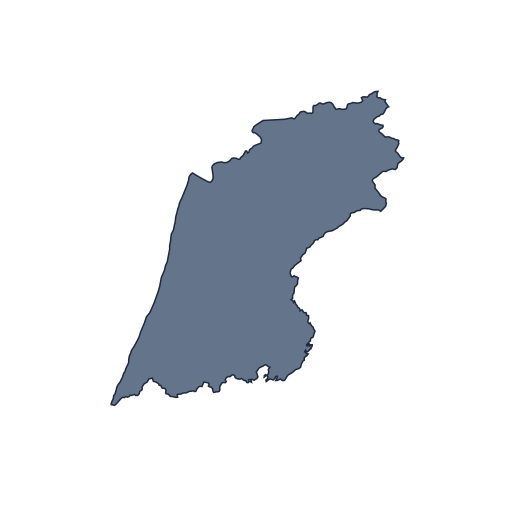 outline of Wanderley, Bahia, Brazil, rotated 215°
{"feature_id": "56859067B16383001384874", "entity_name": "Wanderley", "entity_type": "district", "adm_level": 2, "iso_a3": "BRA", "parent_name": "Brazil", "parent_adm1": "Bahia", "projection": "natural_earth1", "projection_center": [-43.953, -11.797], "detail": "fine", "context": "isolated", "style": "filled", "palette": "slate", "viewbox_px": 512, "rotation_deg": 215, "n_neighbors": 0, "source": "geoboundaries", "source_scale": "gbopen_adm2", "svg_char_len": 6115}
<svg xmlns="http://www.w3.org/2000/svg" viewBox="0 0 512 512"><g transform="rotate(215 256 256)"><path d="M289.5,51.2L286.2,52.5L285.6,54.7L284.8,62.0L284.2,63.7L282.5,64.5L282.1,66.3L280.3,66.6L279.3,68.2L279.3,69.7L278.0,70.4L276.1,72.9L274.5,72.8L273.3,73.6L272.7,74.8L272.8,76.4L273.6,78.5L272.7,80.4L272.9,81.8L274.1,83.3L274.4,86.7L272.9,90.3L273.2,93.9L270.8,96.5L268.1,94.4L266.5,95.2L262.7,95.6L261.3,94.6L259.5,95.3L258.2,94.4L257.0,94.0L255.4,94.9L253.9,95.1L252.6,94.3L251.8,92.4L250.8,91.6L248.0,92.6L246.7,92.0L245.5,91.9L243.9,93.0L240.5,94.2L239.2,95.3L241.1,97.4L238.2,100.0L237.4,101.6L236.2,102.8L234.6,103.9L232.8,107.1L231.4,108.1L230.2,109.5L228.3,109.8L227.7,111.1L228.1,113.0L228.1,114.7L227.8,116.2L227.0,117.2L225.4,118.1L226.4,122.9L222.0,124.8L220.9,124.1L220.4,122.1L218.9,122.2L217.8,122.7L216.6,122.7L214.9,121.9L213.7,120.6L212.5,120.0L211.5,120.8L210.8,121.9L209.6,122.6L208.5,124.1L208.8,125.6L210.5,127.7L210.9,129.3L211.0,132.8L209.9,133.8L208.3,134.8L208.4,136.2L210.3,136.9L210.5,138.6L210.1,140.4L209.5,141.5L208.1,142.2L207.3,145.0L206.1,145.7L204.8,145.7L203.8,144.7L202.6,144.4L200.9,144.7L199.6,145.3L198.4,146.0L197.6,147.3L194.3,147.2L192.8,148.1L191.1,147.1L189.9,147.6L189.6,149.1L191.0,150.2L190.1,151.6L188.8,151.3L188.2,152.9L186.4,153.0L185.0,156.2L185.1,158.1L187.7,160.2L189.2,161.0L189.2,166.1L188.2,168.1L187.1,169.7L186.0,172.4L184.3,172.7L182.7,172.4L180.9,173.0L181.0,171.1L180.6,169.7L179.2,168.6L178.3,166.5L179.1,164.0L177.3,164.3L176.3,162.6L176.7,160.0L175.6,159.0L174.5,162.5L173.5,163.6L170.6,164.4L170.3,166.5L170.7,168.6L169.8,169.7L168.9,168.8L168.4,165.3L167.2,166.3L165.4,169.2L163.7,169.1L162.3,169.4L161.4,170.4L161.2,171.8L161.5,173.7L161.5,175.9L161.3,177.3L159.7,180.6L158.9,183.3L158.6,184.9L158.1,186.1L156.2,188.6L155.7,190.8L156.7,192.7L157.1,195.1L157.3,196.8L156.7,198.4L158.1,200.1L157.9,201.6L157.2,203.4L157.1,205.7L158.7,204.9L159.7,205.5L161.2,205.3L161.4,207.3L160.3,206.8L159.0,206.8L158.4,208.6L158.3,210.4L157.7,211.7L158.6,212.7L158.2,214.1L159.0,215.5L160.4,214.6L160.7,213.3L162.0,214.6L163.3,214.2L163.2,216.1L162.7,217.6L163.6,219.1L163.9,220.7L162.8,221.8L163.1,223.6L163.9,225.6L164.5,228.3L167.3,229.5L168.3,230.5L169.7,230.5L172.2,231.5L173.4,232.3L173.6,231.0L174.9,231.3L176.1,232.2L177.4,235.7L178.8,237.2L180.6,236.5L181.5,237.6L182.6,238.3L183.9,237.1L187.4,238.3L188.6,236.4L189.4,237.4L190.7,238.1L192.3,237.9L193.7,238.9L195.6,239.3L198.6,241.3L198.6,239.4L199.9,240.5L202.3,240.4L201.7,242.3L203.0,244.0L203.8,245.9L203.6,247.4L206.0,251.5L206.5,253.0L206.1,254.3L206.0,256.9L207.7,259.6L208.8,262.4L210.5,262.2L212.0,261.7L213.5,261.7L213.9,260.3L214.9,259.4L217.8,261.1L218.7,262.2L219.7,265.6L218.9,267.4L219.0,269.1L218.7,271.0L216.4,278.0L218.4,279.9L218.4,283.6L217.5,286.6L218.9,291.4L217.0,294.4L217.1,296.4L216.6,298.6L216.5,300.8L217.0,302.1L216.1,303.8L214.7,304.7L214.7,306.6L212.2,310.6L212.6,312.0L212.7,314.1L211.9,316.3L210.4,318.1L208.2,320.2L205.3,325.9L205.3,327.3L203.5,331.0L202.9,332.7L202.8,334.8L201.9,336.5L201.8,338.5L201.7,342.6L202.6,343.9L202.9,345.2L202.3,346.4L200.9,347.4L200.1,348.7L199.8,350.0L198.7,351.5L196.9,353.0L196.6,355.0L194.7,356.9L190.3,359.6L188.4,360.1L185.7,361.5L183.8,362.7L182.6,363.8L181.4,364.1L179.4,364.1L178.3,371.0L179.5,374.1L180.9,374.9L182.2,377.3L183.7,377.4L185.4,377.0L188.4,376.9L192.1,378.3L197.4,379.8L199.2,382.5L203.7,384.1L204.3,385.4L204.2,386.9L202.7,389.8L200.7,398.0L199.3,399.0L197.8,399.9L197.0,402.1L194.4,405.6L192.7,406.1L191.4,406.9L191.1,409.3L192.5,412.3L192.7,413.5L191.4,417.2L191.0,419.7L191.4,421.1L192.8,420.0L194.4,419.9L198.9,421.5L201.9,421.8L202.6,423.5L202.7,426.2L203.5,430.1L204.8,431.0L205.1,432.3L206.4,432.4L208.3,431.4L210.7,431.1L212.5,430.3L214.7,430.1L216.2,429.3L218.5,427.5L222.9,428.3L225.3,428.3L227.2,428.8L227.6,430.3L226.0,433.3L226.0,434.9L227.1,435.9L228.6,435.0L232.9,433.9L233.7,432.9L235.0,432.7L236.4,432.9L237.5,434.0L237.7,435.8L236.7,439.5L235.3,441.3L235.1,443.3L233.5,445.0L233.4,446.9L234.0,451.2L233.7,453.0L232.9,454.3L239.1,456.5L239.6,458.3L241.3,457.3L243.1,456.8L245.1,456.8L246.6,455.5L248.3,455.8L250.3,459.1L250.5,460.8L252.3,459.4L253.6,457.6L254.6,454.7L255.7,453.3L255.6,451.6L255.9,450.0L258.7,448.5L259.9,447.4L260.5,446.1L257.6,444.4L257.9,442.5L260.0,439.8L263.4,437.8L264.6,437.4L265.4,436.0L267.7,433.4L267.7,431.9L266.8,430.1L266.6,428.3L267.3,427.3L270.0,425.2L271.4,425.0L272.4,424.3L274.5,422.0L278.5,423.5L279.9,424.3L282.6,424.7L284.4,423.8L285.9,422.3L287.8,419.4L288.9,418.6L291.3,418.2L292.1,417.1L292.5,415.3L293.4,413.6L294.9,412.5L294.9,411.0L291.8,406.4L292.2,404.7L293.5,404.2L296.1,402.2L298.3,402.4L299.7,402.0L301.2,400.6L302.3,399.3L302.2,396.8L302.9,394.7L303.0,390.9L304.1,389.9L305.9,389.7L311.0,384.4L327.9,371.1L330.9,363.9L331.9,360.9L331.1,356.4L330.1,355.6L329.0,355.4L327.7,356.4L324.3,356.3L320.7,355.8L318.2,354.6L316.7,351.3L320.3,346.0L321.1,344.3L321.0,342.5L321.8,340.8L322.1,339.1L321.4,337.0L321.9,335.5L323.9,336.7L324.8,336.0L324.2,330.8L325.0,328.0L324.8,325.8L326.2,325.0L328.0,324.8L330.8,323.3L331.8,322.0L332.2,318.6L333.5,315.9L335.8,314.1L338.4,313.1L341.4,310.3L343.0,307.4L343.5,305.2L342.9,303.2L337.3,297.3L335.5,294.6L335.2,291.8L335.9,289.9L338.1,289.2L347.7,288.1L355.7,287.6L356.3,285.4L356.3,283.1L355.8,281.4L354.7,279.5L353.0,274.1L349.8,260.1L349.6,258.0L348.8,254.6L347.9,253.0L347.2,250.2L344.1,241.9L341.4,236.9L340.9,235.3L338.6,230.3L337.9,225.3L334.7,219.4L332.6,214.8L330.7,212.2L325.4,200.4L324.6,196.4L322.8,191.7L321.1,183.9L317.5,175.9L315.7,170.7L312.7,159.8L310.8,150.5L310.5,147.8L310.9,143.6L309.0,137.1L306.9,127.6L305.4,122.7L304.9,120.1L304.0,112.4L303.8,107.1L302.7,103.4L302.4,101.4L300.7,97.9L299.1,95.5L298.0,88.9L297.1,86.4L297.1,83.9L296.0,80.6L295.0,74.7L295.2,71.8L295.0,70.0L294.6,68.2L293.9,66.7L292.3,61.9L292.5,60.0L291.2,57.5L290.3,53.1L289.5,51.2ZM163.3,214.2L161.8,212.5L162.7,211.5L163.8,212.6L163.3,214.2ZM179.1,164.0L180.2,164.1L180.6,162.7L179.8,161.5L179.1,164.0ZM188.8,151.3L188.5,149.8L187.2,150.0L188.8,151.3Z" fill="#64748b" stroke="#1e293b" stroke-width="1.5"/></g></svg>